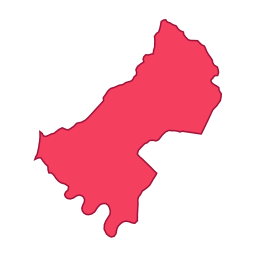 the district of Itajaí, Santa Catarina, Brazil, rotated 182°
{"feature_id": "56859067B36867001106125", "entity_name": "Itajaí", "entity_type": "district", "adm_level": 2, "iso_a3": "BRA", "parent_name": "Brazil", "parent_adm1": "Santa Catarina", "projection": "orthographic", "projection_center": [-48.747, -26.968], "detail": "fine", "context": "isolated", "style": "filled", "palette": "rose", "viewbox_px": 256, "rotation_deg": 182, "n_neighbors": 0, "source": "geoboundaries", "source_scale": "gbopen_adm2", "svg_char_len": 2623}
<svg xmlns="http://www.w3.org/2000/svg" viewBox="0 0 256 256"><g transform="rotate(182 128 128)"><path d="M215.9,121.3L215.7,118.8L215.6,115.5L215.8,111.7L216.2,108.9L216.5,105.7L217.2,101.8L217.9,98.4L219.2,96.0L220.0,93.3L217.0,94.9L214.2,95.3L212.2,92.7L209.5,89.3L206.7,86.9L206.4,83.2L205.4,80.3L203.2,80.5L201.3,79.2L199.7,77.4L198.3,75.3L195.6,72.5L193.0,70.9L188.9,69.8L185.3,67.6L185.8,63.9L188.0,61.8L189.0,59.4L188.2,57.1L186.1,55.5L183.2,55.1L180.1,56.2L177.0,58.5L173.7,59.4L170.6,58.0L169.0,55.5L169.0,52.7L170.3,49.7L171.3,46.5L170.9,44.0L169.2,41.5L166.7,40.2L164.4,40.0L161.1,41.0L158.4,43.1L157.2,45.1L155.6,47.7L153.1,50.5L150.4,51.6L147.4,51.7L145.2,50.1L143.8,47.9L142.8,44.4L143.0,41.0L144.7,38.1L146.9,34.2L148.2,30.7L148.3,26.0L145.7,21.3L143.1,19.3L140.9,18.5L138.1,19.3L136.4,21.9L135.9,25.1L135.4,27.5L134.2,29.9L132.1,32.2L129.8,34.0L127.6,34.7L125.3,34.7L122.9,34.2L120.8,33.4L117.9,33.0L115.4,35.6L115.5,39.0L115.6,42.3L115.5,46.8L115.4,52.7L115.7,56.6L115.1,59.4L113.3,61.9L111.5,65.5L108.8,67.5L106.3,69.6L104.2,71.8L102.4,75.1L100.9,78.0L98.7,81.6L97.7,83.9L100.3,86.0L102.9,88.6L105.5,91.0L107.9,93.2L110.6,95.6L113.0,97.8L115.4,99.6L117.8,102.3L116.9,105.9L114.9,108.4L112.7,110.9L110.7,113.0L108.2,114.0L106.0,116.3L102.1,116.6L99.6,116.1L97.1,117.3L95.5,119.4L93.6,122.1L90.5,125.3L87.0,127.1L84.4,126.8L81.8,127.0L79.0,126.7L75.8,125.9L73.7,126.7L54.6,124.6L49.5,136.1L48.4,138.6L44.1,148.8L42.2,151.1L40.1,153.3L38.6,155.8L36.7,158.5L36.1,162.2L36.0,165.5L38.2,168.5L38.7,171.6L40.8,173.0L43.9,174.6L46.0,176.3L46.9,178.6L45.1,180.7L43.3,183.3L40.2,183.6L39.4,186.9L40.0,189.5L40.9,192.1L44.1,193.8L45.7,196.3L46.1,198.7L47.6,200.9L50.1,204.2L52.1,207.3L53.2,209.9L54.5,212.5L57.2,213.7L59.4,215.6L61.5,217.7L65.0,217.7L68.8,217.7L70.9,218.3L73.3,220.5L75.5,223.2L76.0,225.9L79.0,226.9L81.5,228.9L83.4,231.7L87.0,232.9L89.5,234.4L92.6,235.4L94.1,237.5L96.5,237.0L98.5,235.6L98.9,232.7L99.6,228.6L100.7,225.1L102.8,223.5L104.7,220.6L104.2,216.5L104.2,213.9L104.2,209.9L105.1,206.5L105.4,203.1L107.7,202.5L110.2,201.7L112.8,201.8L114.6,199.8L115.3,197.4L114.5,194.5L117.6,192.4L120.5,189.9L122.1,186.6L121.3,183.7L121.6,181.1L123.6,179.5L124.6,177.2L126.0,175.3L128.6,174.3L131.8,173.3L134.9,171.1L138.4,170.4L143.0,168.1L146.7,166.9L148.7,165.1L150.0,163.3L152.0,160.0L153.7,157.5L153.4,154.3L167.7,137.5L170.8,134.4L174.7,132.1L176.8,131.6L179.5,130.9L181.9,128.0L185.4,125.4L187.9,123.9L190.6,124.6L193.7,125.9L196.9,124.2L199.7,121.8L201.7,120.1L204.2,119.4L207.3,117.8L209.7,116.7L212.2,117.1L213.7,119.7L215.9,121.3Z" fill="#f43f5e" stroke="#9f1239" stroke-width="1.5"/></g></svg>